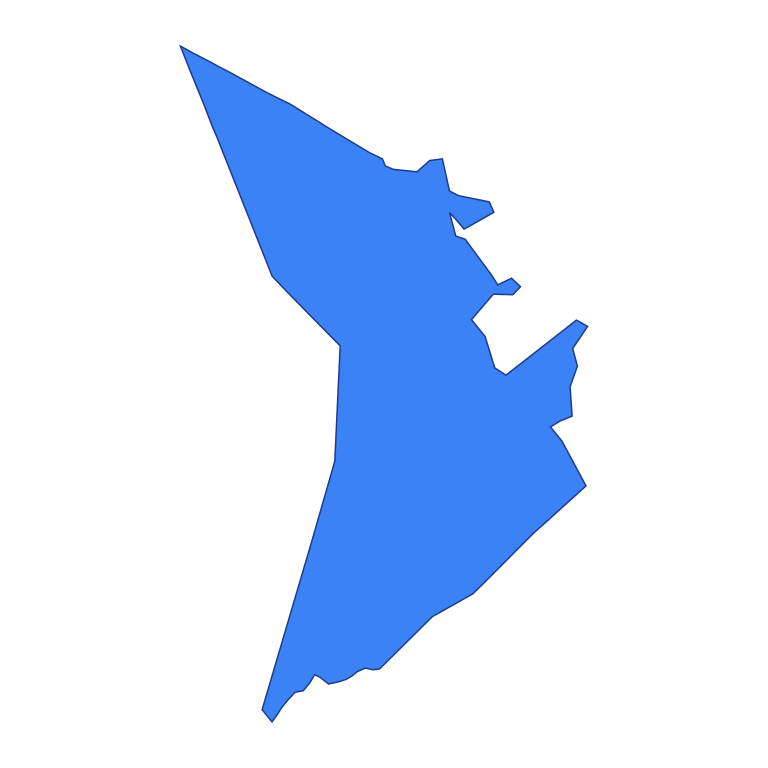 Capela, Alagoas, Brazil
{"feature_id": "56859067B67921672673820", "entity_name": "Capela", "entity_type": "district", "adm_level": 2, "iso_a3": "BRA", "parent_name": "Brazil", "parent_adm1": "Alagoas", "projection": "equal_earth", "projection_center": [-36.089, -9.345], "detail": "fine", "context": "isolated", "style": "filled", "palette": "blue", "viewbox_px": 768, "rotation_deg": 0, "n_neighbors": 0, "source": "geoboundaries", "source_scale": "gbopen_adm2", "svg_char_len": 1131}
<svg xmlns="http://www.w3.org/2000/svg" viewBox="0 0 768 768"><path d="M545.6,522.4L586.0,485.9L562.0,441.2L550.5,427.0L559.9,421.1L572.1,416.1L570.1,386.6L574.2,375.2L577.4,366.1L572.7,348.5L587.6,326.4L576.4,320.1L557.4,335.0L505.9,375.2L494.7,367.8L489.7,351.5L485.1,336.5L471.5,319.7L480.4,309.2L493.3,294.2L512.8,294.7L520.5,286.7L511.5,278.2L497.8,284.9L492.0,275.8L484.8,265.9L465.1,239.2L455.8,236.1L449.5,212.6L454.8,218.2L464.1,229.1L493.9,212.3L489.3,201.9L458.6,195.7L449.5,191.0L442.4,158.9L429.7,160.5L417.0,171.8L393.0,169.3L385.3,165.9L382.4,158.9L369.4,152.6L330.6,129.3L290.0,104.0L276.6,97.5L265.2,91.7L228.2,71.5L217.7,66.1L210.0,61.9L198.7,56.0L193.1,53.1L180.4,46.1L190.1,70.7L203.4,103.2L212.1,125.9L217.1,137.6L272.2,276.3L290.9,295.8L340.2,345.9L334.8,461.2L311.7,541.6L262.1,709.7L272.0,721.9L277.6,714.1L281.9,707.3L288.5,699.3L295.0,692.3L303.3,690.7L309.9,682.7L314.6,674.7L320.1,677.3L328.5,684.0L338.4,681.9L346.1,679.4L352.0,676.0L357.0,671.8L365.3,668.1L373.4,669.8L379.6,668.9L432.4,616.6L473.0,593.7L486.1,580.8L533.6,533.1L545.6,522.4Z" fill="#3b82f6" stroke="#1e3a8a" stroke-width="1.5"/></svg>